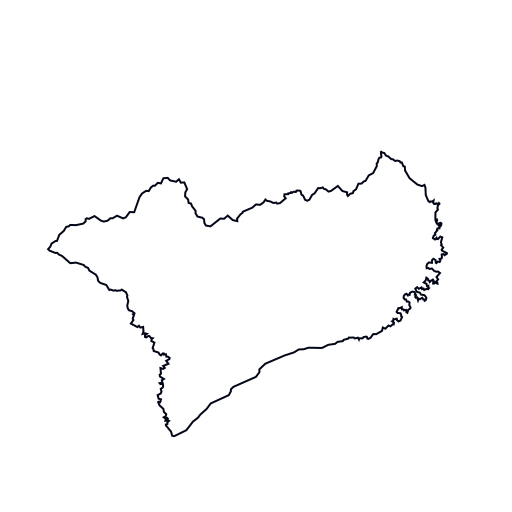 Santa Marta, Magdalena, Colombia (orthographic projection), rotated 142°
{"feature_id": "7082276B2481053474358", "entity_name": "Santa Marta", "entity_type": "district", "adm_level": 2, "iso_a3": "COL", "parent_name": "Colombia", "parent_adm1": "Magdalena", "projection": "orthographic", "projection_center": [-73.961, 11.086], "detail": "fine", "context": "isolated", "style": "outline", "palette": "ink", "viewbox_px": 512, "rotation_deg": 142, "n_neighbors": 0, "source": "geoboundaries", "source_scale": "gbopen_adm2", "svg_char_len": 6083}
<svg xmlns="http://www.w3.org/2000/svg" viewBox="0 0 512 512"><g transform="rotate(142 256 256)"><path d="M431.4,164.4L418.2,161.6L407.7,164.3L401.2,164.3L397.7,165.3L389.0,165.9L382.5,167.7L363.1,163.1L359.2,164.8L357.8,166.4L354.4,166.8L330.5,160.8L324.9,162.3L323.1,164.6L315.0,165.4L294.6,160.0L285.6,156.7L279.8,156.0L275.9,153.2L271.1,151.4L260.6,142.9L253.7,141.5L247.8,138.1L244.6,138.1L240.0,135.5L238.7,136.0L234.1,134.1L233.2,134.6L229.2,131.6L229.0,130.3L226.0,128.9L226.3,126.9L225.4,127.6L222.7,125.5L221.2,125.9L218.7,124.6L218.4,123.7L219.1,122.5L218.6,121.6L216.2,121.0L211.7,122.3L209.4,120.4L202.8,119.4L200.1,121.6L198.9,119.1L194.4,119.6L193.3,117.8L189.9,118.0L189.6,117.4L188.3,118.5L188.9,120.7L187.9,120.5L186.5,121.7L186.3,121.0L183.7,120.0L184.4,118.6L184.0,116.7L181.9,116.2L178.4,118.0L178.7,119.0L177.7,120.6L177.4,122.0L179.5,123.9L179.6,125.4L175.8,127.3L175.0,126.4L172.6,125.9L173.8,124.1L172.5,122.8L172.8,122.0L170.9,121.1L172.1,119.0L171.7,118.1L169.3,119.8L166.7,119.7L165.9,120.3L165.4,123.0L163.6,124.8L163.9,126.2L165.2,127.2L164.6,129.4L165.6,130.2L165.5,132.1L164.1,133.5L162.3,134.0L160.7,133.6L160.6,131.5L159.8,131.9L158.9,130.8L157.3,132.2L155.0,131.8L153.4,130.3L153.7,128.2L154.6,127.7L154.0,126.6L155.7,125.8L155.8,124.8L154.5,124.2L155.6,121.3L154.0,122.3L153.4,121.0L150.7,120.7L150.9,118.6L150.0,117.9L150.6,116.9L149.6,116.7L147.6,117.9L147.3,119.9L147.4,121.4L149.7,124.0L149.5,126.3L151.4,128.9L150.6,132.2L148.2,132.2L147.9,129.9L144.9,129.3L145.5,127.7L144.0,127.2L144.4,125.7L142.2,125.2L140.7,123.9L139.4,124.2L139.7,125.1L138.6,126.4L139.8,126.9L138.8,129.1L140.1,131.9L137.5,132.2L135.1,134.0L134.6,132.2L135.3,130.8L134.7,129.9L135.1,128.5L133.1,128.8L132.1,128.0L132.3,128.6L131.1,128.5L131.2,127.3L133.4,125.3L132.9,124.7L131.4,124.9L130.0,122.5L129.4,123.5L130.0,124.9L126.9,125.4L126.7,128.3L121.5,129.3L122.1,131.6L123.8,132.8L124.8,134.7L125.1,137.9L127.2,138.9L127.8,140.7L129.0,141.3L127.8,143.2L126.0,144.3L123.6,144.4L121.6,142.3L119.9,144.3L117.9,144.6L117.0,142.1L118.5,140.1L118.2,139.3L116.2,139.7L115.0,138.2L113.6,138.9L113.1,140.7L111.6,139.8L110.5,140.2L108.7,142.9L106.9,141.9L106.9,140.5L104.1,140.3L103.8,140.9L106.1,145.5L105.9,146.6L103.3,147.3L103.5,150.6L102.7,150.7L101.7,153.1L97.7,156.0L98.8,157.8L102.3,157.3L102.9,157.9L102.5,159.2L104.8,158.8L105.6,161.2L103.4,162.6L101.6,162.3L100.8,163.9L97.3,164.6L97.4,165.2L96.0,166.0L94.4,164.9L93.7,165.9L92.2,165.8L90.7,166.6L89.8,167.6L90.3,168.7L90.9,168.8L92.7,166.7L93.3,167.9L92.6,169.4L93.5,169.9L93.0,172.6L92.5,173.0L92.1,172.3L91.9,172.6L92.7,173.2L92.4,173.9L91.0,173.4L91.7,172.1L91.0,173.1L90.9,173.5L91.2,173.7L92.0,173.9L91.6,175.1L87.7,179.9L84.1,180.5L83.6,182.0L81.5,183.9L79.3,184.2L79.3,185.1L80.2,184.8L81.6,186.6L82.2,186.3L83.6,187.3L83.6,188.8L81.9,190.4L83.8,190.4L85.0,191.7L85.9,191.5L86.4,193.1L84.7,199.5L80.3,205.7L79.5,208.3L82.1,208.8L84.8,212.8L87.1,222.7L85.9,231.6L83.7,234.8L84.6,236.0L83.5,240.0L84.6,240.7L84.4,242.2L85.8,244.1L87.9,245.3L88.6,248.0L89.8,249.1L90.5,253.1L91.8,255.1L91.5,258.1L92.9,259.9L93.3,261.9L93.5,260.5L94.3,260.1L96.0,257.0L96.9,256.7L98.2,257.5L100.1,256.7L102.5,254.8L103.9,254.6L105.4,252.5L112.7,249.2L117.5,250.1L123.3,247.8L125.3,248.4L128.3,248.1L130.8,249.9L136.0,247.0L139.3,247.1L140.9,245.9L143.3,247.0L146.6,246.7L146.4,248.4L145.0,250.1L147.9,254.0L148.4,260.8L156.8,261.1L159.2,262.1L159.9,265.4L161.2,267.2L161.2,268.9L164.0,270.0L165.1,271.3L171.2,269.3L174.2,269.6L179.2,267.5L181.6,268.0L182.7,270.1L181.7,274.6L182.4,276.3L181.0,279.5L181.3,280.6L183.8,282.6L185.2,281.9L186.8,283.5L188.7,283.6L189.0,284.7L190.1,284.4L192.1,285.5L192.6,285.0L195.6,287.1L197.1,285.5L197.1,283.2L204.6,282.9L207.1,284.3L207.2,285.7L209.6,287.0L211.1,290.1L213.4,292.7L213.8,294.7L217.0,293.6L221.3,293.8L224.2,296.6L229.3,296.4L239.1,299.0L240.2,298.3L242.5,298.4L247.9,297.1L249.3,295.0L252.2,298.6L253.4,305.2L258.2,305.0L261.1,307.5L273.6,307.4L276.7,310.8L276.4,313.6L274.3,317.1L274.8,319.3L277.8,323.1L277.4,326.8L275.8,328.8L275.8,334.6L274.9,337.3L276.4,339.2L274.7,342.4L275.2,346.6L272.6,349.6L269.1,351.1L267.2,358.1L270.1,360.1L269.5,363.9L273.2,363.7L277.1,368.3L277.5,371.9L281.1,374.3L286.2,371.7L288.3,374.1L292.5,373.6L293.6,374.7L296.7,374.7L300.6,373.2L302.5,375.0L307.4,375.4L311.7,374.0L325.0,365.5L328.5,368.4L334.8,366.6L337.6,367.5L340.7,373.3L345.8,374.0L347.5,375.4L351.2,375.2L354.7,376.8L356.4,379.3L358.7,386.9L364.8,388.1L366.1,389.9L367.5,389.9L369.1,388.1L372.2,387.9L378.8,391.1L383.2,394.8L385.4,394.7L387.6,395.8L392.1,394.1L398.0,393.8L403.5,390.4L404.6,391.2L409.4,391.7L412.3,390.0L415.6,389.4L415.4,387.4L412.3,382.0L410.7,380.9L410.5,378.7L408.8,375.4L406.8,364.7L401.9,361.6L397.3,355.0L397.2,352.9L395.7,349.9L396.3,347.0L393.7,339.8L394.1,336.6L395.7,333.7L395.3,330.7L391.8,325.3L392.5,319.5L391.2,319.0L389.6,316.4L387.9,315.7L387.4,314.5L383.8,312.2L382.5,312.2L380.8,307.5L381.7,304.0L382.8,303.2L384.4,299.1L388.1,296.1L389.3,293.5L389.5,291.4L387.7,288.9L387.0,285.7L387.6,285.2L388.8,285.7L388.9,284.3L391.7,282.6L392.0,281.0L396.2,279.8L393.2,273.0L391.2,273.1L391.2,270.8L388.6,269.6L391.1,265.9L393.3,264.4L391.3,263.7L389.9,261.8L392.3,261.9L393.3,260.5L392.7,259.5L390.1,259.2L389.3,258.5L389.3,256.2L388.1,254.8L389.4,254.7L390.8,253.5L389.4,250.3L394.2,247.0L394.2,245.7L395.1,244.1L392.3,240.0L392.6,237.7L392.1,236.2L389.4,236.6L388.7,236.0L389.3,235.1L387.5,234.1L388.6,231.9L387.5,231.0L386.8,228.8L387.8,228.1L391.3,228.7L391.4,225.0L396.8,226.5L396.8,224.0L398.7,224.2L400.3,226.5L403.3,221.8L405.0,221.7L405.9,220.2L404.3,215.8L406.7,216.1L407.7,213.8L410.2,215.1L410.2,213.9L408.1,212.6L409.2,210.7L410.4,209.8L412.9,209.9L414.0,207.3L415.7,206.3L419.2,206.9L420.6,203.5L419.1,201.5L421.5,199.8L422.4,201.1L423.1,201.1L424.0,197.6L423.1,192.6L424.6,189.7L424.1,186.6L425.8,185.3L428.0,185.7L427.5,183.8L425.6,183.0L425.7,182.1L428.2,182.5L428.9,181.9L426.5,180.6L426.1,179.6L428.1,179.6L429.2,178.2L430.8,178.7L431.3,178.0L431.1,169.9L432.7,166.0L431.4,164.4Z" fill="none" stroke="#020617" stroke-width="2"/></g></svg>